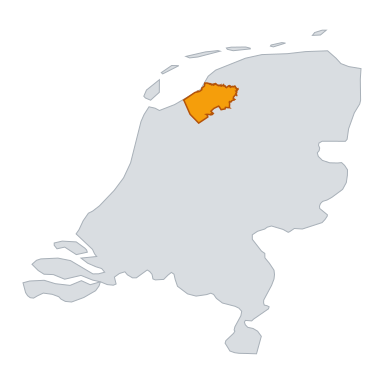 location of Súdwest-Fryslân, Friesland, Netherlands
{"feature_id": "6326949B35163690822727", "entity_name": "Súdwest-Fryslân", "entity_type": "district", "adm_level": 2, "iso_a3": "NLD", "parent_name": "Netherlands", "parent_adm1": "Friesland", "projection": "natural_earth1", "projection_center": [5.609, 52.975], "detail": "fine", "context": "in_parent", "style": "filled", "palette": "amber", "viewbox_px": 384, "rotation_deg": 0, "n_neighbors": 0, "source": "geoboundaries", "source_scale": "gbopen_adm2", "svg_char_len": 6590}
<svg xmlns="http://www.w3.org/2000/svg" viewBox="0 0 384 384"><path d="M256.5,353.8L247.6,353.5L239.1,353.3L234.7,352.7L229.9,351.0L227.8,347.5L225.1,343.2L225.9,340.6L233.7,333.2L234.9,331.1L234.1,330.0L234.9,326.8L240.9,315.7L241.7,311.3L239.0,308.2L235.1,306.3L222.4,303.0L216.4,298.4L213.6,294.4L210.8,293.2L206.6,294.6L196.1,296.1L187.6,293.9L177.5,286.3L175.2,279.5L174.0,274.2L171.4,272.4L168.0,275.1L163.7,279.4L155.3,279.9L152.9,278.9L152.5,276.5L152.0,274.3L149.7,271.5L147.2,270.0L136.4,277.8L132.4,277.8L127.4,274.8L124.9,271.8L119.4,273.5L114.4,277.1L116.1,284.0L113.4,285.2L107.3,284.6L100.4,281.8L92.7,280.1L81.0,275.4L64.7,279.2L53.4,274.6L44.0,274.2L38.2,270.5L32.0,264.3L36.5,260.3L40.8,258.9L58.0,258.1L70.5,260.6L92.9,273.9L98.6,273.8L104.7,272.2L101.6,268.5L96.0,266.8L87.7,263.2L81.0,258.1L96.7,256.5L94.6,253.9L92.5,249.4L76.1,233.9L79.0,229.7L83.2,220.7L88.4,213.2L92.5,211.2L99.4,205.9L114.2,190.4L123.6,177.8L130.6,162.8L141.0,121.5L144.1,114.5L149.0,106.8L155.1,108.2L159.4,110.5L174.6,104.6L200.6,89.4L208.2,76.2L215.7,70.1L245.5,58.2L261.9,54.6L287.3,53.7L305.6,51.6L327.6,50.8L336.0,58.2L340.9,63.6L348.8,66.6L361.0,68.6L360.3,79.2L360.6,100.3L359.7,104.0L354.3,112.9L348.6,128.8L347.1,139.3L345.4,141.3L322.2,141.2L318.9,143.1L318.5,145.3L319.7,148.0L319.1,150.7L317.3,152.9L318.3,156.4L322.4,160.4L329.7,162.8L337.6,163.0L341.6,162.6L344.6,165.4L347.5,169.8L347.4,175.2L346.3,182.6L342.6,189.4L331.9,197.3L327.1,200.0L322.6,201.4L320.5,203.5L319.5,206.1L319.7,208.5L327.4,214.8L327.2,216.2L325.0,219.5L322.1,222.6L302.4,229.0L294.3,228.5L289.6,231.7L288.2,232.3L283.0,229.4L271.5,226.0L267.2,227.2L264.8,229.0L257.5,231.3L252.3,234.8L252.3,239.3L261.5,251.1L264.8,253.4L264.9,257.8L269.4,263.3L274.0,270.2L274.5,274.6L274.0,279.0L271.6,285.3L263.7,300.1L263.6,303.0L264.3,305.1L267.0,305.7L269.1,306.8L268.5,308.8L253.6,319.1L251.7,320.9L245.4,320.4L244.4,322.1L245.3,324.8L247.7,327.3L253.1,328.5L257.6,331.2L261.3,336.3L256.5,353.8ZM100.4,281.8L99.0,286.0L95.6,290.7L83.8,297.5L71.6,302.0L65.3,301.4L61.0,299.1L58.7,296.7L52.2,294.3L43.3,293.1L37.7,295.7L33.6,298.1L30.2,297.7L27.6,295.7L25.6,292.6L23.0,282.8L29.7,281.0L44.2,280.3L55.4,283.7L70.1,285.4L81.4,280.7L90.2,284.7L100.4,281.8ZM76.2,241.9L84.8,248.1L86.6,250.0L87.3,252.2L76.3,254.6L64.7,247.1L57.0,248.8L54.2,245.3L54.2,243.0L62.2,241.1L76.2,241.9ZM159.3,92.3L150.6,100.2L145.4,98.0L143.8,96.2L146.5,90.0L159.4,79.7L159.3,92.3ZM197.8,57.0L189.6,57.9L185.9,56.4L205.5,51.9L217.9,50.6L220.1,51.2L197.8,57.0ZM250.3,48.9L233.2,50.7L227.3,49.3L226.4,48.0L231.1,47.2L245.7,47.0L250.2,48.2L250.3,48.9ZM178.8,65.7L162.7,73.9L161.3,72.6L171.7,65.5L178.8,65.7ZM320.4,35.0L312.4,35.4L314.7,32.5L322.1,30.2L326.2,30.2L320.4,35.0ZM285.5,43.1L273.3,46.9L270.4,46.1L271.1,45.0L281.8,42.6L285.5,43.1Z" fill="#d9dde1" stroke="#a8b0b8" stroke-width="1"/><path d="M183.6,100.1L184.0,100.5L190.1,114.3L198.7,123.1L207.8,117.0L207.4,115.9L207.5,115.9L207.1,114.8L207.0,114.7L206.4,114.4L207.0,114.3L208.0,114.4L208.3,114.4L208.3,114.5L208.6,114.5L209.2,114.6L209.9,114.6L210.1,114.5L210.4,114.5L210.5,114.4L210.5,114.5L210.8,114.9L211.6,114.6L211.8,114.4L212.0,114.6L212.5,114.4L212.5,114.1L213.1,113.6L212.4,113.3L212.0,113.0L212.2,112.7L212.4,112.6L211.9,112.2L210.9,111.2L211.0,111.1L213.6,108.7L213.9,108.4L214.3,108.2L218.6,106.1L218.9,106.3L219.1,106.5L219.3,106.7L219.4,106.9L219.4,107.1L219.5,107.1L219.7,107.5L219.8,107.6L220.0,107.9L220.2,108.2L220.3,108.3L220.4,108.6L220.6,108.8L220.7,109.0L220.9,109.4L221.1,109.7L225.1,108.9L225.3,107.7L225.4,107.4L228.5,107.7L228.9,107.6L229.5,107.7L229.4,107.6L229.4,107.2L229.5,105.9L229.6,104.1L229.5,103.1L229.5,102.8L229.3,102.3L229.3,102.1L229.4,101.8L229.5,101.7L229.8,101.5L230.1,101.7L230.3,101.8L230.8,102.0L231.0,101.9L231.0,101.7L231.5,101.3L231.6,101.2L231.7,100.9L231.8,100.8L231.9,100.7L232.0,100.6L232.3,100.5L232.4,100.4L233.1,100.1L233.3,100.1L233.5,100.1L233.8,100.1L234.1,100.0L234.1,99.9L234.0,99.7L234.7,99.4L233.8,98.8L233.3,98.5L233.5,97.3L233.5,97.0L233.6,96.9L235.2,95.0L236.3,95.0L236.3,94.9L236.4,95.0L236.4,94.9L236.6,94.9L236.5,94.7L236.2,94.5L236.0,93.9L235.9,93.9L235.9,93.7L235.8,93.4L236.0,93.4L236.2,93.2L236.3,93.2L236.5,93.0L236.8,92.8L237.0,92.7L236.9,92.7L236.8,91.9L236.0,91.2L236.6,91.1L236.9,90.6L236.7,90.4L236.6,90.2L237.2,89.8L237.6,89.7L237.8,89.5L237.9,89.4L237.9,89.5L238.0,89.4L238.0,89.2L237.8,89.1L237.5,88.8L237.2,88.7L236.8,88.6L236.5,88.7L236.3,88.4L236.5,88.3L236.4,88.3L236.3,88.1L236.1,88.1L236.0,87.9L235.9,88.0L235.7,87.8L235.9,87.7L235.7,87.5L235.4,87.6L235.3,87.2L235.3,86.7L235.1,86.2L234.9,86.1L234.5,86.1L234.3,86.2L234.2,86.3L233.9,86.4L233.6,86.5L233.3,86.8L233.2,86.7L232.9,86.6L232.6,86.4L232.2,86.7L232.0,86.8L231.9,86.7L231.7,86.7L231.4,86.8L231.1,86.8L230.8,87.0L230.8,86.9L230.6,87.0L230.4,87.2L230.2,87.0L230.2,86.9L230.0,86.5L230.0,86.4L229.8,86.4L229.9,86.2L230.0,86.0L229.6,86.0L229.7,85.8L229.4,85.7L229.3,85.8L229.2,85.7L229.1,85.8L228.7,85.8L228.4,86.0L228.1,86.2L227.9,86.4L227.6,86.7L227.3,86.8L227.1,87.0L226.8,87.2L226.6,87.6L225.8,87.2L225.7,87.2L225.6,86.9L225.5,86.6L225.4,86.4L225.0,86.4L224.7,86.2L224.4,86.1L224.0,86.0L224.1,85.9L223.8,85.9L223.6,86.0L223.8,85.8L223.9,85.5L223.9,85.4L223.8,85.2L223.7,85.0L223.6,84.7L223.5,84.8L223.4,84.9L223.3,85.0L223.2,85.0L222.8,85.2L222.8,85.3L222.7,85.3L221.3,86.1L221.2,85.9L221.2,85.7L220.9,85.8L220.8,85.5L220.6,85.6L220.4,85.5L220.2,85.4L220.3,85.2L220.1,85.3L220.1,85.2L219.8,85.2L219.7,85.2L219.5,85.3L219.4,85.3L219.4,85.5L219.1,85.7L218.9,85.7L218.6,85.7L218.4,85.6L218.5,85.5L218.3,85.5L218.3,85.4L218.2,85.2L217.9,85.1L217.7,85.3L217.4,85.2L217.2,85.0L217.1,84.9L216.9,84.8L216.8,84.7L216.6,84.5L216.4,84.4L216.2,84.3L216.2,84.2L216.3,84.1L216.2,84.0L215.6,83.6L215.4,83.9L215.1,83.9L214.7,83.8L214.2,83.9L213.9,83.9L213.8,84.0L214.0,84.2L213.9,84.3L214.0,84.3L213.8,84.5L214.1,84.7L213.6,84.9L213.4,85.1L213.2,85.0L213.0,84.9L213.0,84.7L212.7,84.4L212.6,84.5L212.4,84.4L211.9,84.7L211.6,84.9L211.3,84.7L211.5,84.5L211.8,84.5L211.8,84.4L211.6,84.3L211.4,84.4L211.2,84.3L211.1,84.2L210.9,84.2L211.0,84.1L211.0,83.9L210.7,83.8L210.4,83.8L210.3,84.0L210.2,84.2L209.9,84.1L209.6,84.0L209.7,83.7L209.0,83.7L208.8,83.6L208.7,83.5L208.7,83.4L208.1,83.3L207.9,83.4L207.6,83.2L207.3,83.1L207.2,83.0L206.6,83.0L206.3,83.0L206.1,83.0L205.7,83.3L205.4,83.2L205.5,83.2L205.3,83.1L205.2,83.2L204.8,83.1L204.4,86.1L201.8,88.1L201.8,89.7L199.7,91.3L199.3,91.5L198.7,91.6L198.4,91.3L198.3,91.2L197.5,91.3L197.6,91.9L195.5,92.3L195.2,92.4L194.9,92.5L187.2,97.7L186.9,97.9L183.6,100.1Z" fill="#f59e0b" stroke="#b45309" stroke-width="1.5"/></svg>